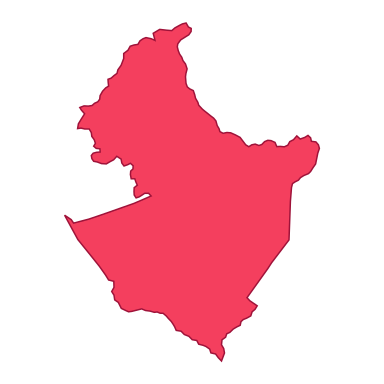 the district of Nossa Senhora das Dores, Sergipe, Brazil
{"feature_id": "56859067B89950771275901", "entity_name": "Nossa Senhora das Dores", "entity_type": "district", "adm_level": 2, "iso_a3": "BRA", "parent_name": "Brazil", "parent_adm1": "Sergipe", "projection": "albers", "projection_center": [-37.249, -10.461], "detail": "fine", "context": "isolated", "style": "filled", "palette": "rose", "viewbox_px": 384, "rotation_deg": 0, "n_neighbors": 0, "source": "geoboundaries", "source_scale": "gbopen_adm2", "svg_char_len": 2851}
<svg xmlns="http://www.w3.org/2000/svg" viewBox="0 0 384 384"><path d="M310.6,137.8L308.0,135.4L304.8,137.4L300.2,139.0L296.8,135.9L293.5,139.7L289.8,141.6L287.8,145.2L284.3,146.8L280.4,146.4L276.8,146.6L275.0,142.4L271.0,140.6L267.8,140.3L264.6,141.6L261.8,144.5L258.9,145.5L255.2,144.1L251.8,144.8L248.8,146.7L245.7,144.8L243.2,141.5L240.1,137.4L235.4,134.9L230.7,132.8L226.9,132.5L223.1,133.3L219.9,131.6L219.0,128.6L217.2,125.6L215.9,120.9L213.6,118.1L210.3,115.6L208.1,113.8L204.8,111.2L202.4,109.2L198.7,105.2L197.9,102.4L195.5,98.2L194.7,94.7L193.3,90.6L189.6,88.8L187.3,86.9L186.0,83.3L185.5,76.8L185.9,73.6L187.1,68.9L185.5,64.0L182.9,60.5L181.8,57.3L179.6,54.1L178.2,50.5L177.3,46.8L177.8,43.8L180.7,39.9L185.9,36.6L188.8,34.8L191.1,31.5L191.2,28.4L188.4,27.0L186.1,23.0L182.4,23.9L179.6,25.3L174.9,27.9L171.8,30.6L166.6,30.2L159.7,29.4L153.2,33.3L155.0,40.4L151.2,38.7L146.0,37.6L143.1,38.7L140.0,40.8L137.9,44.4L133.9,45.0L130.2,46.2L128.0,50.2L123.7,53.5L123.7,58.5L122.3,62.2L121.1,65.3L117.9,69.8L117.0,73.4L114.1,75.5L111.2,78.1L108.0,79.3L108.2,82.5L108.6,86.1L105.7,87.9L102.6,91.2L100.1,95.6L99.7,99.2L97.8,101.8L94.5,103.3L92.1,105.5L88.4,106.1L84.0,105.9L79.8,107.5L81.4,110.1L84.6,113.8L81.5,118.7L78.4,123.8L77.6,128.6L81.0,128.1L84.8,129.0L89.2,129.0L91.3,132.6L91.8,136.4L94.2,139.7L95.4,143.3L93.7,146.2L96.2,148.4L99.9,148.8L100.2,152.0L96.5,152.3L93.2,153.2L91.3,155.5L91.9,158.7L93.7,161.3L97.3,162.0L101.5,163.6L106.3,163.9L110.0,161.7L113.6,159.8L116.8,156.3L121.1,159.1L121.8,163.0L124.0,166.0L127.7,164.7L130.4,163.3L133.1,165.7L133.0,168.9L130.7,171.1L130.4,174.5L131.2,178.8L134.8,178.8L135.8,181.8L137.3,185.2L134.2,187.6L134.0,191.4L134.2,195.0L136.1,197.9L139.1,196.9L141.7,195.3L144.7,193.3L148.6,193.3L151.1,196.0L134.0,203.4L122.9,207.3L100.1,215.3L88.9,219.1L73.6,223.1L71.2,219.6L64.6,215.2L77.9,239.6L88.9,253.2L99.3,266.2L105.6,275.1L108.6,280.0L113.8,281.3L114.0,287.4L111.7,291.5L114.0,295.2L114.7,299.9L118.3,302.4L121.3,308.4L125.9,310.6L128.6,311.8L131.7,311.4L141.7,308.9L145.5,310.5L150.1,311.1L154.3,312.3L157.2,312.0L160.1,313.2L163.1,313.3L166.3,316.0L168.4,318.5L171.3,321.5L173.1,324.2L174.6,326.7L176.2,330.4L181.1,331.2L184.3,334.5L188.9,336.3L192.2,339.7L196.8,340.5L198.7,344.2L203.1,345.3L206.0,346.5L209.7,349.1L210.9,352.9L215.6,354.0L218.3,357.7L221.5,361.0L224.5,353.0L223.7,348.5L221.5,344.8L222.0,339.8L225.6,337.2L226.7,333.8L229.8,332.4L233.3,329.0L237.0,326.8L240.2,325.3L241.0,321.6L243.3,319.5L246.6,318.2L250.8,315.9L252.1,311.8L255.0,309.4L257.2,305.8L249.9,300.8L247.0,297.7L267.8,268.6L271.7,262.6L289.0,239.9L290.4,201.4L291.5,187.5L292.5,183.6L295.2,181.8L298.4,180.2L300.5,177.6L303.9,175.5L308.5,173.6L310.6,171.5L313.0,167.7L315.6,164.0L317.8,153.1L319.4,148.4L318.4,144.8L315.9,141.9L311.4,141.3L310.6,137.8Z" fill="#f43f5e" stroke="#9f1239" stroke-width="1.5"/></svg>